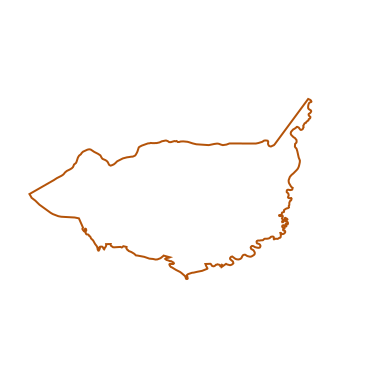 outline of Mosquera, Nariño, Colombia, rotated 244°
{"feature_id": "7082276B72973217917261", "entity_name": "Mosquera", "entity_type": "district", "adm_level": 2, "iso_a3": "COL", "parent_name": "Colombia", "parent_adm1": "Nariño", "projection": "orthographic", "projection_center": [-78.47, 2.424], "detail": "fine", "context": "isolated", "style": "outline", "palette": "amber", "viewbox_px": 384, "rotation_deg": 244, "n_neighbors": 0, "source": "geoboundaries", "source_scale": "gbopen_adm2", "svg_char_len": 6092}
<svg xmlns="http://www.w3.org/2000/svg" viewBox="0 0 384 384"><g transform="rotate(244 192 192)"><path d="M151.6,284.3L152.3,283.8L153.6,283.4L157.2,283.1L158.1,283.2L159.6,283.7L160.4,284.2L162.7,286.6L163.7,288.9L164.3,291.3L165.8,295.6L166.6,297.4L168.0,299.1L169.4,300.3L171.3,301.8L172.8,302.7L174.2,302.9L176.1,303.0L182.4,304.5L184.9,304.9L185.4,304.9L186.8,304.4L187.7,304.4L190.0,305.7L190.6,307.4L191.2,308.0L192.9,308.7L195.3,308.2L196.9,307.2L199.9,306.2L201.2,306.3L201.7,306.6L202.7,307.5L203.7,309.9L203.9,310.6L203.9,311.7L204.2,313.6L204.6,314.7L204.4,315.2L203.1,316.2L200.8,316.6L200.2,316.9L199.9,317.6L199.9,318.5L200.3,319.6L201.0,320.1L201.4,320.8L202.6,320.9L204.3,323.2L204.4,323.6L204.3,324.9L205.0,325.7L205.3,327.9L205.5,328.2L206.1,328.6L206.3,328.9L206.4,330.1L206.7,330.7L207.0,331.0L207.7,331.3L209.2,330.6L210.1,330.6L210.6,330.8L211.0,331.2L211.2,332.8L211.6,333.6L212.0,334.3L212.5,334.6L213.3,334.6L215.1,333.4L215.9,333.2L216.6,333.2L218.2,334.0L219.5,335.0L220.5,336.0L220.8,336.8L220.7,338.7L221.0,339.0L222.1,339.0L222.9,338.7L224.7,337.2L198.6,287.2L198.2,286.1L198.3,282.9L198.8,282.2L199.8,281.4L201.3,281.3L202.5,281.7L203.6,282.5L204.9,282.5L205.5,281.7L206.3,280.3L206.6,279.1L206.3,277.3L206.9,273.2L207.6,270.5L219.2,247.0L219.5,243.8L220.6,240.3L221.7,239.0L223.6,237.2L224.5,235.8L225.4,233.1L226.8,227.6L233.0,216.8L235.4,213.9L238.2,211.0L239.2,209.8L241.1,206.7L242.3,204.2L242.6,202.3L243.2,201.1L244.6,200.5L244.8,199.4L245.5,198.5L246.1,194.8L246.9,193.3L248.4,192.5L249.6,191.3L249.9,190.6L250.8,187.1L250.8,184.6L251.5,181.6L253.3,177.8L254.2,176.4L254.3,175.5L255.0,173.6L255.7,167.2L255.6,164.3L255.3,163.6L252.2,160.6L251.4,159.6L250.1,157.7L249.7,156.8L249.7,154.9L249.9,153.9L250.3,153.1L251.4,149.5L251.6,149.1L252.5,144.6L252.4,138.2L251.5,135.6L251.1,133.7L251.2,131.5L251.4,130.4L252.4,129.6L253.0,129.4L255.8,129.4L257.4,128.9L258.7,128.1L261.0,126.1L262.4,125.8L265.1,125.7L267.6,124.2L270.9,121.7L274.5,119.6L275.3,118.6L275.6,117.8L275.9,116.5L276.0,111.7L275.4,109.9L274.6,108.6L274.2,106.5L273.0,104.6L269.7,101.4L269.2,100.7L268.9,100.3L268.4,98.0L267.0,96.5L266.5,95.8L266.0,94.3L265.8,92.1L265.8,88.7L265.2,86.3L264.6,85.2L264.1,83.9L263.8,81.9L263.7,76.6L263.4,74.1L263.3,73.6L261.4,45.0L258.0,45.3L257.3,45.2L252.9,47.4L247.5,49.3L235.3,55.8L233.2,57.2L228.9,61.2L227.1,63.6L220.5,75.4L217.9,78.8L207.7,78.4L206.9,77.3L206.0,77.3L204.1,77.7L203.6,78.0L204.0,78.6L204.9,79.0L205.8,79.8L205.7,80.2L205.1,80.5L204.0,80.2L203.7,80.0L203.0,78.9L201.4,78.4L200.5,78.5L200.1,78.7L199.4,79.9L198.7,80.3L197.4,80.4L196.6,81.0L194.5,80.9L191.8,81.9L187.9,82.1L184.8,82.7L182.7,82.4L181.6,82.0L180.4,82.1L180.2,82.4L180.8,83.5L182.1,84.7L182.3,84.7L182.4,84.0L182.8,84.1L183.1,85.3L182.8,86.3L182.2,87.3L181.2,87.7L180.0,87.6L179.0,87.9L179.4,88.6L180.1,89.2L180.5,90.2L181.0,90.9L181.8,91.6L182.8,91.9L180.9,96.1L180.4,95.7L179.3,95.6L177.0,96.8L176.4,97.8L174.0,103.6L172.9,104.6L173.1,105.7L173.4,106.5L171.3,109.1L170.1,108.3L168.2,108.6L167.6,109.1L166.8,109.2L164.6,111.2L161.8,113.0L159.6,113.8L158.8,115.1L154.7,120.6L150.8,124.5L148.9,127.6L147.3,129.6L146.6,131.3L146.3,134.6L147.0,137.9L147.3,138.6L143.0,143.5L143.1,142.4L143.7,140.4L143.8,139.2L143.6,138.6L142.1,139.3L141.1,140.5L139.5,141.9L139.0,142.9L136.6,144.5L135.7,144.4L135.5,143.6L136.0,142.5L137.0,140.9L137.1,140.6L137.0,140.1L136.8,139.9L136.2,139.8L134.8,139.9L133.8,140.2L133.2,140.8L129.1,143.4L125.4,146.2L123.9,147.0L119.9,148.7L118.6,148.9L116.7,148.6L116.1,149.1L115.9,149.8L116.1,150.2L116.3,150.3L117.9,150.6L118.2,150.8L119.4,150.8L119.7,151.3L119.9,152.6L119.4,156.6L118.8,158.2L118.1,161.3L116.7,166.6L116.3,172.1L116.6,172.4L119.5,172.3L121.4,172.5L119.4,177.1L118.8,177.4L116.9,177.6L115.9,178.5L115.6,179.6L115.7,180.5L116.1,181.6L115.8,182.3L115.9,183.1L114.3,185.0L113.5,185.3L112.8,184.9L112.5,185.1L112.6,186.0L113.4,187.0L113.2,187.1L111.7,186.2L112.5,191.1L111.5,191.8L109.7,193.9L109.4,194.6L109.3,195.6L109.4,196.9L109.9,198.0L111.6,198.3L114.5,197.0L115.3,196.9L116.1,197.5L116.6,198.7L116.4,199.9L112.9,201.7L111.8,202.8L110.9,204.4L110.7,205.8L110.8,206.8L111.3,208.0L111.9,208.5L112.8,210.0L112.8,211.2L112.3,212.3L110.2,213.6L108.6,215.5L108.1,216.5L108.0,217.6L108.2,219.7L108.5,220.8L109.3,221.5L110.2,221.9L110.9,221.9L112.7,221.7L114.8,220.3L115.3,220.2L116.5,220.5L116.9,221.0L117.2,222.2L117.0,222.7L116.3,223.5L114.8,224.5L113.2,226.4L112.5,227.6L112.4,228.7L112.9,229.4L113.5,229.9L114.4,230.0L115.1,229.9L116.1,229.3L117.3,228.0L117.9,227.9L119.1,228.3L119.5,228.8L119.5,230.0L118.6,231.8L118.5,232.4L117.7,234.3L117.6,234.7L118.1,236.2L118.1,236.9L117.1,238.9L116.6,240.7L116.6,241.8L117.1,243.2L116.8,244.6L116.3,245.4L115.7,245.7L115.1,245.6L114.0,244.9L113.6,244.9L113.4,245.4L113.4,246.6L112.3,248.5L112.5,250.6L112.3,251.1L112.4,251.4L112.6,251.9L114.3,253.0L116.5,253.5L116.4,253.8L116.0,254.1L115.0,254.3L114.7,254.5L114.3,255.4L114.3,256.8L114.8,257.9L115.3,258.3L115.8,258.5L116.5,258.4L117.2,257.4L117.9,257.2L118.6,257.6L118.8,259.1L119.0,259.4L119.3,259.4L119.5,259.4L120.2,258.3L120.6,257.9L121.4,257.9L121.9,258.2L122.2,258.7L122.1,259.6L121.4,260.3L120.1,260.6L119.8,261.3L119.9,261.8L120.2,262.0L121.8,261.8L122.2,262.2L122.2,262.6L121.1,263.8L121.4,264.3L122.1,264.7L123.1,264.7L124.5,263.4L125.0,263.3L125.4,263.5L125.7,263.9L125.7,264.3L125.2,265.0L125.3,265.4L125.6,265.8L126.4,265.6L127.8,264.6L127.9,264.1L127.8,263.8L126.6,263.0L125.2,261.2L125.0,260.5L125.3,259.9L125.9,260.0L126.9,261.4L128.9,261.3L130.1,262.8L130.6,263.0L131.0,263.0L131.2,262.7L131.6,260.9L132.0,260.2L132.5,259.9L132.8,260.0L133.0,260.4L132.4,261.7L132.5,262.7L132.8,263.0L133.5,263.4L134.0,264.0L133.8,265.9L134.5,266.4L135.2,266.6L135.5,267.1L135.8,269.7L135.4,271.2L135.6,272.4L137.0,272.8L137.7,273.8L139.6,274.7L140.9,276.1L141.0,277.1L141.4,277.8L142.4,278.6L143.1,278.5L143.6,277.0L144.4,276.1L144.7,276.0L145.3,276.0L146.4,277.3L147.7,277.8L148.7,277.8L150.3,277.1L151.3,277.5L152.0,278.2L152.0,279.3L150.6,281.2L150.2,282.7L150.3,283.2L151.6,284.3Z" fill="none" stroke="#b45309" stroke-width="2"/></g></svg>